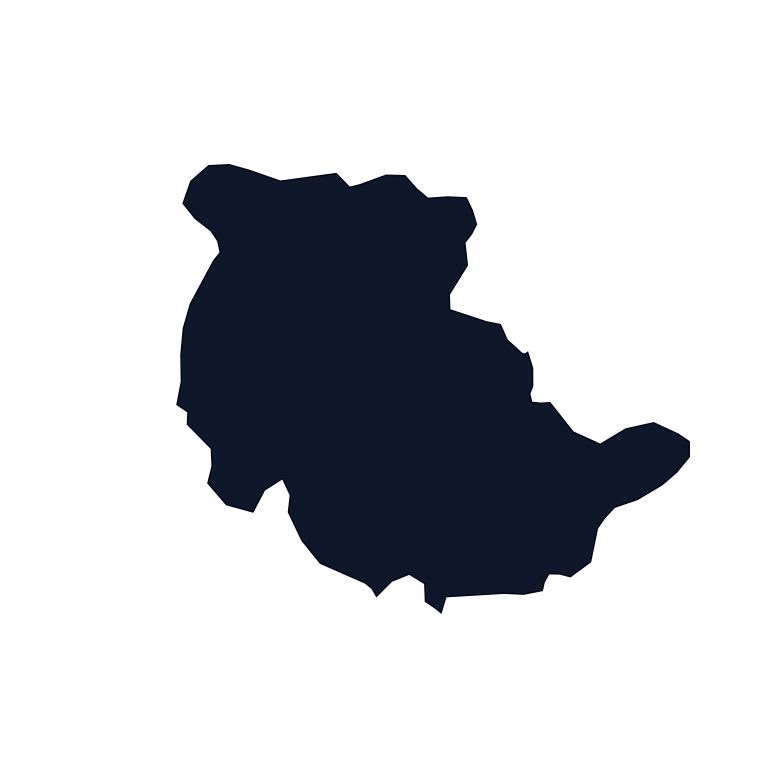 the border of Kægalla, rotated 311°
{"feature_id": "LKA-2469", "entity_name": "Kægalla", "entity_type": "District", "adm_level": 1, "iso_a3": "LKA", "parent_name": "Sri Lanka", "parent_adm1": "", "projection": "mercator", "projection_center": [80.358, 7.113], "detail": "fine", "context": "isolated", "style": "filled", "palette": "ink", "viewbox_px": 768, "rotation_deg": 311, "n_neighbors": 0, "source": "natural_earth", "source_scale": "10m", "svg_char_len": 1239}
<svg xmlns="http://www.w3.org/2000/svg" viewBox="0 0 768 768"><g transform="rotate(311 384 384)"><path d="M332.0,638.9L317.0,627.2L304.8,611.7L264.1,570.2L248.9,577.1L248.4,567.5L247.1,558.0L260.2,545.7L257.1,527.7L240.2,519.1L218.9,517.6L221.8,509.5L221.6,500.5L207.0,453.6L212.1,424.8L224.6,396.0L238.8,386.2L246.2,369.4L225.5,363.3L201.5,369.0L189.6,344.2L193.7,316.2L209.3,308.2L222.0,296.1L224.7,262.1L234.3,254.5L232.7,241.3L252.7,229.7L272.9,211.6L294.4,196.1L317.5,185.4L365.4,174.6L375.9,174.2L383.0,164.6L386.2,153.0L385.1,132.7L388.6,113.9L410.2,105.3L433.6,108.5L447.9,123.3L456.9,142.4L469.0,172.7L511.4,209.9L509.8,229.0L518.1,234.9L543.0,248.7L554.9,263.2L552.6,280.8L552.8,295.3L567.0,309.5L578.4,323.9L572.8,336.9L565.1,349.0L554.5,351.6L543.7,352.2L528.3,368.9L494.3,374.5L483.1,384.9L498.0,420.5L505.1,432.8L498.0,448.0L497.5,467.6L498.8,470.8L502.1,471.7L493.4,485.7L479.8,497.6L472.3,500.2L467.0,507.5L472.4,515.1L478.7,521.5L471.8,558.2L480.3,586.8L508.8,596.1L531.6,613.0L539.1,638.9L540.7,652.1L529.4,662.1L509.9,662.7L490.4,659.9L463.3,651.0L442.2,638.8L427.4,638.3L415.1,639.7L385.3,656.5L360.8,651.0L356.1,641.4L349.0,632.8L339.1,635.0L332.0,638.9Z" fill="#0f172a" stroke="#020617" stroke-width="1.5"/></g></svg>